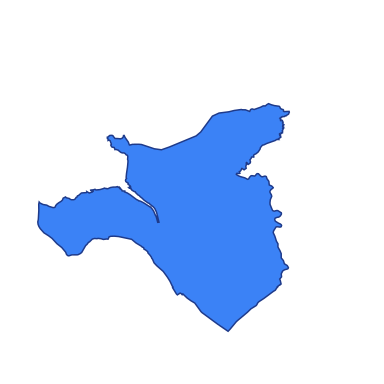 Kota Gorontalo, Gorontalo, Indonesia, rotated 122°
{"feature_id": "22746128B66202348563483", "entity_name": "Kota Gorontalo", "entity_type": "district", "adm_level": 2, "iso_a3": "IDN", "parent_name": "Indonesia", "parent_adm1": "Gorontalo", "projection": "albers", "projection_center": [123.046, 0.534], "detail": "fine", "context": "isolated", "style": "filled", "palette": "blue", "viewbox_px": 384, "rotation_deg": 122, "n_neighbors": 0, "source": "geoboundaries", "source_scale": "gbopen_adm2", "svg_char_len": 6015}
<svg xmlns="http://www.w3.org/2000/svg" viewBox="0 0 384 384"><g transform="rotate(122 192 192)"><path d="M222.8,67.7L220.1,70.4L219.4,71.5L216.5,71.1L214.3,72.8L213.5,73.1L212.6,73.0L211.6,73.3L210.6,73.1L208.9,72.3L206.5,70.1L205.6,70.0L205.0,70.2L203.9,72.3L203.9,75.6L201.7,78.2L200.6,81.4L197.0,83.7L195.1,86.4L193.4,89.5L192.8,90.2L190.4,91.6L189.0,94.3L185.6,98.3L183.5,101.5L183.0,101.8L181.7,102.2L177.3,102.2L176.4,101.5L175.2,98.9L174.6,98.2L174.1,98.0L172.9,98.3L172.5,98.9L172.3,100.0L172.6,102.2L172.6,105.4L172.5,106.0L171.6,107.2L170.9,107.5L170.1,107.6L168.4,106.4L167.3,105.1L165.5,104.4L163.6,104.4L162.8,104.8L162.3,105.3L162.3,109.4L163.0,110.6L164.7,112.1L165.0,113.4L164.8,114.2L161.2,119.2L159.6,120.3L157.0,121.5L153.4,122.1L152.4,123.1L151.0,125.7L150.2,126.3L148.0,126.3L145.9,125.4L145.2,125.5L144.7,127.6L145.1,130.2L142.2,132.5L141.0,135.5L139.6,137.1L139.6,137.8L139.9,138.6L141.8,140.4L142.1,141.0L142.1,142.1L141.3,145.3L141.9,146.5L142.8,146.8L144.6,147.0L145.3,147.4L146.4,149.9L147.1,150.6L149.0,151.0L150.9,150.9L151.8,151.6L152.0,154.7L153.3,159.1L153.7,161.5L153.7,162.9L153.4,163.9L152.3,163.8L151.5,162.0L150.8,161.3L149.6,162.7L149.1,162.2L148.4,162.0L146.8,162.0L145.7,162.3L145.5,162.0L145.6,159.6L143.2,158.6L141.7,160.0L140.0,160.4L138.6,161.4L138.1,161.4L138.0,161.0L138.9,159.4L138.9,159.0L136.9,158.1L136.2,158.1L135.4,158.4L134.0,159.9L132.1,159.7L130.9,160.0L130.4,159.6L129.8,158.3L129.5,158.1L128.6,159.0L128.0,159.2L127.2,159.0L125.7,158.0L123.0,157.1L119.6,157.0L118.1,157.5L115.0,157.1L113.9,156.0L111.2,154.3L104.2,148.7L102.6,148.0L101.5,146.2L101.2,146.9L98.5,145.7L97.5,146.5L97.8,147.3L96.4,148.6L96.2,148.6L96.2,147.5L95.4,147.5L95.0,147.3L94.5,147.7L94.1,147.3L94.0,146.7L93.8,146.6L93.3,147.2L92.7,147.2L92.2,147.9L91.8,147.8L90.6,148.0L90.3,148.7L89.8,148.7L89.6,148.4L89.1,148.9L88.9,148.6L88.7,149.7L88.1,150.0L87.8,149.7L87.7,150.2L87.4,150.3L87.1,149.6L86.2,149.8L86.5,150.6L85.6,151.2L85.5,151.8L84.7,151.7L84.6,152.1L84.0,152.4L84.0,153.0L83.5,153.3L83.5,154.0L84.0,154.1L84.5,154.7L83.8,155.3L83.1,155.6L83.1,156.0L82.8,155.8L82.5,155.9L82.3,156.4L81.3,155.8L80.9,155.9L80.6,155.3L79.8,155.0L79.6,154.3L79.0,153.6L78.5,153.3L78.0,153.4L77.2,152.3L76.4,152.3L75.7,151.8L74.7,151.4L72.7,151.8L72.2,152.4L75.0,156.5L75.0,157.2L74.0,157.9L73.8,158.4L74.3,160.0L74.2,161.4L73.4,162.5L73.1,163.2L73.2,163.7L75.1,168.0L76.0,171.1L76.5,173.9L78.2,174.8L80.1,175.4L81.3,177.3L83.8,178.8L89.1,183.0L89.7,185.1L91.0,186.0L93.1,185.8L94.0,190.2L95.7,193.1L95.9,193.9L100.5,199.4L104.5,203.3L110.7,210.9L116.8,214.9L136.5,216.4L142.2,218.2L165.9,235.1L172.4,240.3L175.3,246.8L178.5,260.0L179.7,262.4L183.1,267.7L185.2,269.7L185.2,270.2L183.4,272.5L181.2,277.7L180.0,279.5L180.4,280.0L181.6,279.5L183.4,279.7L184.9,280.9L185.6,282.5L185.3,282.6L185.6,282.5L187.4,285.7L186.5,288.3L186.2,288.7L186.3,289.8L187.5,291.6L188.7,292.1L189.6,292.2L190.4,292.9L191.5,292.1L191.4,291.6L191.6,291.2L192.8,290.5L192.0,289.9L191.9,288.7L194.0,285.9L194.5,285.6L195.2,285.8L196.1,284.4L196.3,283.6L195.5,281.5L196.9,279.8L196.2,279.1L195.6,276.5L195.9,275.5L196.1,273.3L195.8,271.8L195.2,271.0L194.8,269.7L194.9,268.8L195.4,267.4L195.1,266.6L195.2,266.1L196.0,265.2L198.5,263.9L199.2,263.0L200.7,262.1L205.3,259.8L211.1,257.3L214.5,255.6L215.2,254.7L216.3,254.9L217.3,254.6L218.1,253.8L218.3,253.2L218.4,250.7L219.0,250.3L218.8,250.6L219.1,250.5L219.8,249.8L219.5,250.0L219.2,249.8L219.5,249.1L219.9,248.9L219.5,248.9L219.5,248.5L219.6,247.6L220.0,246.9L220.9,246.5L220.9,247.4L220.1,248.3L221.1,247.3L221.1,246.5L221.4,246.3L221.9,247.5L222.0,247.1L221.3,245.9L222.3,245.3L221.3,245.8L222.3,243.9L222.2,240.7L221.9,240.2L222.7,238.6L222.9,237.0L223.1,236.5L223.0,234.6L223.4,233.7L223.7,230.9L224.1,229.3L224.3,228.4L224.6,223.4L224.3,222.1L224.7,221.2L224.8,219.5L225.2,219.2L224.9,218.1L225.3,216.2L225.8,214.7L228.0,211.3L235.1,204.0L235.9,205.0L231.8,209.4L231.0,210.9L228.6,214.3L227.6,216.4L226.9,218.7L226.8,226.7L227.0,230.1L227.3,231.7L227.7,232.2L227.6,233.8L227.8,234.9L227.1,243.0L227.1,246.3L227.4,247.9L227.4,249.1L227.6,249.3L227.1,249.7L227.0,249.4L226.8,249.5L228.1,251.8L227.4,252.7L227.4,254.7L227.0,255.3L227.1,254.7L226.8,254.6L226.6,255.4L227.0,255.5L227.0,255.9L226.4,256.6L227.1,257.2L227.0,258.2L228.0,259.0L229.8,261.7L231.4,263.5L233.8,265.1L234.4,266.1L234.5,266.9L234.9,267.3L235.1,268.4L236.1,269.0L238.8,271.4L241.0,274.3L241.3,275.3L241.1,275.7L242.5,276.9L244.0,278.9L244.7,279.2L242.9,277.0L243.7,276.2L244.1,276.3L244.8,277.0L245.1,276.7L247.3,278.6L247.4,281.3L247.7,281.0L248.5,281.3L251.3,285.1L251.8,285.4L255.1,286.4L256.0,287.1L257.3,286.9L258.0,287.4L259.5,287.4L260.4,287.6L261.3,288.3L262.5,290.2L262.7,291.5L262.5,292.5L263.5,295.6L263.2,296.6L265.5,298.0L267.4,297.6L269.1,298.0L271.9,299.4L274.1,300.2L275.8,300.4L277.3,300.1L278.2,300.6L278.9,301.7L280.0,305.7L280.1,308.2L281.5,311.6L281.9,315.1L281.5,316.3L283.6,315.5L288.7,312.2L294.5,309.0L296.7,307.8L299.1,306.9L301.0,305.4L302.4,303.5L303.5,301.3L305.1,295.8L305.1,290.6L305.5,286.1L307.4,279.2L308.1,273.0L310.0,267.2L311.4,265.4L311.8,263.9L311.4,262.6L309.0,260.6L305.8,255.6L303.6,254.2L301.8,253.5L293.7,253.8L292.2,253.3L289.6,253.1L288.6,252.5L284.8,251.6L283.1,250.1L281.9,247.8L281.1,247.1L279.8,244.3L279.2,242.0L277.1,239.5L276.5,238.2L273.9,238.5L272.6,237.4L270.7,234.6L268.7,230.7L264.1,218.1L264.9,212.5L264.8,206.4L265.1,205.0L264.8,203.6L266.0,202.2L265.7,201.1L266.1,197.9L267.0,197.1L267.9,194.0L268.7,192.1L269.6,190.9L269.9,189.9L272.2,186.6L273.2,182.8L274.6,174.3L277.3,167.6L279.4,163.3L282.3,158.8L282.7,157.7L283.4,157.8L286.7,151.2L287.0,149.9L284.0,148.5L283.9,147.2L284.3,145.9L283.3,145.7L284.5,139.9L284.8,135.3L284.7,130.8L288.7,120.9L289.0,119.5L290.5,99.8L291.0,87.6L288.1,87.0L278.5,85.7L276.4,85.1L264.7,81.3L259.8,80.1L254.3,77.4L253.3,77.3L251.0,77.5L249.5,77.1L244.3,74.7L233.3,70.4L231.1,69.3L228.6,69.3L227.1,69.0L227.0,69.4L224.0,68.3L224.1,68.1L222.8,67.7Z" fill="#3b82f6" stroke="#1e3a8a" stroke-width="1.5"/></g></svg>